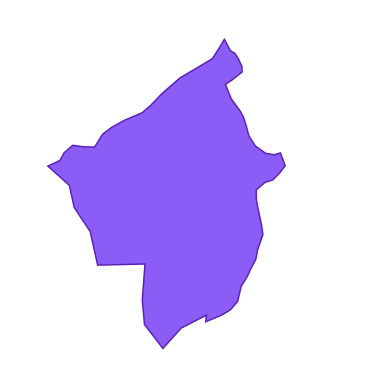 Kontemenos, Cyprus (Equal Earth projection), rotated 49°
{"feature_id": "46923920B62470816278945", "entity_name": "Kontemenos", "entity_type": "district", "adm_level": 2, "iso_a3": "CYP", "parent_name": "Cyprus", "parent_adm1": "", "projection": "equal_earth", "projection_center": [33.133, 35.268], "detail": "fine", "context": "isolated", "style": "filled", "palette": "violet", "viewbox_px": 384, "rotation_deg": 49, "n_neighbors": 0, "source": "geoboundaries", "source_scale": "gbopen_adm2", "svg_char_len": 901}
<svg xmlns="http://www.w3.org/2000/svg" viewBox="0 0 384 384"><g transform="rotate(49 192 192)"><path d="M185.3,311.2L215.5,274.7L240.7,300.2L260.8,314.8L291.0,316.6L287.6,289.3L294.4,261.9L298.9,266.8L304.5,249.9L306.1,240.0L304.5,229.3L295.4,216.7L292.1,205.9L288.0,196.9L284.7,188.0L278.9,180.8L270.6,166.4L262.3,161.0L247.5,152.9L240.0,148.4L232.6,142.2L232.6,136.8L232.6,130.5L235.9,123.3L235.1,113.4L233.4,104.5L220.5,99.6L217.9,105.4L211.0,111.1L198.8,114.0L187.2,112.3L178.7,108.2L169.7,104.2L162.3,102.5L147.5,101.3L132.7,96.2L133.8,87.0L134.3,75.5L130.1,72.0L122.1,69.7L115.8,68.6L110.5,70.3L98.0,67.4L100.2,73.7L104.7,89.1L101.7,106.1L98.0,126.4L98.0,149.9L99.5,166.2L99.5,177.5L93.5,196.2L90.5,210.0L89.7,221.4L94.2,236.0L86.8,244.1L78.5,251.4L78.5,262.8L81.5,270.9L77.9,283.8L106.4,280.2L126.5,291.1L155.1,294.8L185.3,311.2Z" fill="#8b5cf6" stroke="#5b21b6" stroke-width="1.5"/></g></svg>